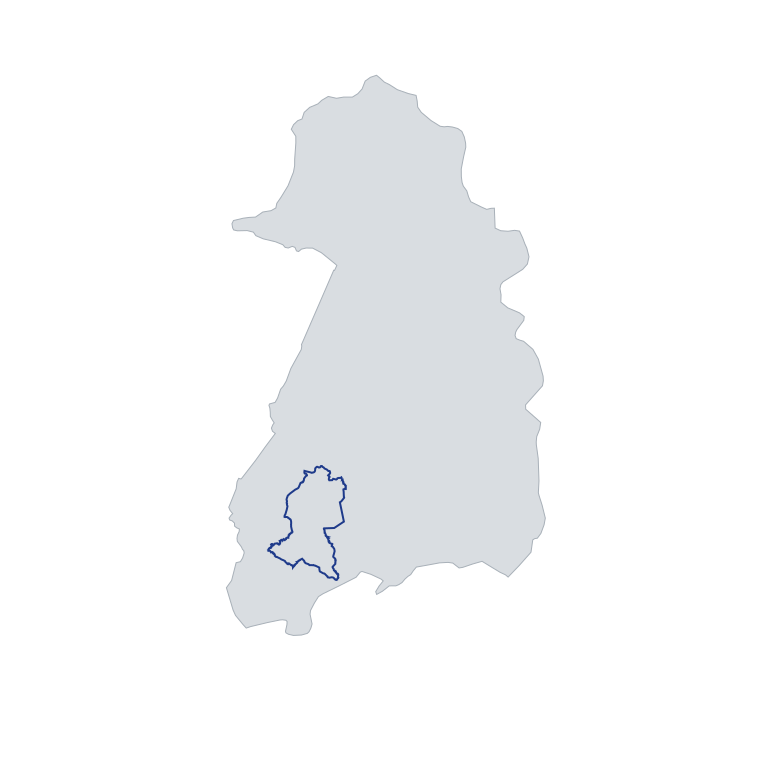 Gourma, Gourma, Burkina Faso (highlighted), rotated 114°
{"feature_id": "67063806B98154706729521", "entity_name": "Gourma", "entity_type": "district", "adm_level": 2, "iso_a3": "BFA", "parent_name": "Burkina Faso", "parent_adm1": "Gourma", "projection": "mercator", "projection_center": [0.724, 12.228], "detail": "fine", "context": "in_parent", "style": "outline", "palette": "blue", "viewbox_px": 768, "rotation_deg": 114, "n_neighbors": 0, "source": "geoboundaries", "source_scale": "gbopen_adm2", "svg_char_len": 9108}
<svg xmlns="http://www.w3.org/2000/svg" viewBox="0 0 768 768"><g transform="rotate(114 384 384)"><path d="M558.0,475.7L539.9,476.4L533.3,478.4L529.3,478.4L529.1,476.8L528.7,475.8L505.8,470.2L489.7,466.9L473.4,463.2L472.5,466.7L470.1,468.9L466.6,469.0L464.2,468.5L462.5,471.1L459.9,474.6L456.1,476.4L452.4,478.5L450.3,480.4L448.8,480.5L445.1,476.0L440.1,475.5L430.8,476.3L426.7,475.1L421.0,474.5L407.6,475.4L386.1,473.6L382.6,474.6L381.7,475.4L360.5,475.6L337.1,475.8L317.6,476.0L300.5,476.2L300.4,475.4L294.9,475.3L294.3,476.8L289.5,494.7L288.9,504.5L291.5,510.5L294.4,514.3L297.7,515.9L298.0,518.1L295.4,520.9L295.6,523.8L298.7,526.8L299.4,529.9L297.9,533.1L298.2,541.0L300.5,553.4L300.6,561.4L298.4,565.1L299.5,571.4L303.7,580.3L304.4,584.0L302.9,585.8L299.4,588.1L295.9,588.0L291.8,582.6L289.9,580.2L286.6,574.8L283.8,569.3L279.9,566.9L276.2,564.7L271.6,557.7L267.2,554.4L262.5,555.4L255.7,554.1L242.0,552.3L227.2,552.9L221.0,554.4L215.0,557.0L199.6,562.6L193.6,565.3L189.0,572.3L183.8,572.1L178.5,569.9L175.3,566.7L168.3,567.4L161.5,564.4L155.0,558.3L150.2,556.3L144.0,551.9L142.3,543.6L138.4,537.7L134.8,529.6L129.5,526.0L123.4,524.0L114.9,524.4L109.4,521.2L105.0,516.4L106.1,512.3L108.1,506.4L108.3,500.8L109.7,491.6L108.8,480.1L107.3,472.1L112.0,468.8L117.4,465.8L120.7,460.4L124.2,448.2L125.7,437.6L124.6,433.7L122.8,430.6L121.4,426.0L120.6,420.5L121.6,415.6L125.7,411.1L130.8,407.4L134.4,405.6L144.1,403.7L156.1,400.9L163.1,397.7L168.2,394.6L171.0,392.0L173.9,386.9L178.6,382.9L182.2,378.9L182.7,367.6L182.7,361.2L180.0,357.7L178.5,354.7L196.4,345.9L196.5,339.7L194.0,332.8L190.5,327.2L189.2,322.4L194.2,316.7L198.6,312.4L201.8,308.8L208.8,303.3L216.1,301.8L222.8,303.9L242.3,316.9L245.7,317.7L249.8,316.8L255.0,313.3L261.7,310.6L264.1,301.9L263.9,289.1L265.4,283.3L269.0,282.2L280.2,284.7L283.1,284.8L286.4,284.0L288.8,281.7L288.7,277.6L288.2,273.9L291.8,262.0L298.5,253.1L312.1,241.9L316.3,239.7L321.2,238.5L345.5,246.2L349.4,244.3L355.4,225.2L362.0,223.4L369.9,223.1L375.0,221.4L377.6,220.1L389.2,212.9L409.5,203.0L420.5,198.8L422.6,197.2L430.5,190.2L440.9,182.1L447.5,180.5L456.7,179.9L462.5,181.2L464.0,183.5L465.9,184.7L477.9,181.3L495.0,186.7L509.9,192.1L508.9,195.4L508.8,201.4L507.6,210.9L506.1,222.3L512.2,229.6L519.5,237.5L521.5,240.6L519.6,248.3L520.9,252.9L524.8,260.5L531.4,270.1L538.1,280.0L542.8,281.3L547.3,282.1L550.0,283.9L553.9,285.6L557.9,286.7L561.3,288.9L563.5,291.0L566.3,297.1L573.9,301.1L579.2,305.1L577.1,307.1L570.5,306.3L564.2,304.6L563.4,307.5L563.2,318.6L564.2,327.9L565.6,329.2L571.9,330.9L586.8,343.0L600.4,354.4L604.9,357.4L612.4,358.5L620.8,359.0L624.4,357.9L632.5,352.1L636.8,351.5L640.8,351.7L643.0,352.6L646.9,357.3L650.5,364.4L651.5,369.6L651.2,372.4L650.0,373.4L643.3,374.8L640.4,375.9L639.7,377.4L640.7,380.9L642.0,383.2L649.3,393.4L659.8,407.1L663.0,410.6L661.2,414.7L655.8,425.5L651.9,429.9L634.2,445.1L625.5,443.3L607.4,446.4L604.7,442.9L600.4,442.4L595.2,443.0L593.2,444.4L592.7,445.9L590.8,448.0L587.4,454.0L584.8,455.5L581.6,456.4L577.7,456.3L575.3,457.1L575.3,460.1L574.6,462.7L571.9,464.0L570.8,466.9L571.0,469.7L569.5,471.0L566.0,470.3L564.0,469.5L562.1,473.2L559.7,475.7L558.0,475.7Z" fill="#d9dde1" stroke="#a8b0b8" stroke-width="1"/><path d="M486.6,385.0L487.3,385.4L487.7,386.0L488.2,387.1L488.8,387.9L489.0,388.2L490.0,388.3L490.5,388.6L490.8,389.0L490.9,389.9L491.3,391.9L492.9,392.2L494.2,394.8L493.9,395.3L493.6,395.6L492.2,396.1L491.0,395.9L490.6,396.4L490.5,397.3L490.2,397.9L489.5,397.6L489.2,397.6L488.7,397.2L487.3,397.0L487.2,397.1L486.8,397.2L485.7,398.1L485.7,398.5L485.8,398.9L486.1,399.2L486.1,399.6L485.4,401.4L485.4,403.2L485.4,404.0L484.8,405.1L484.7,405.5L484.8,406.2L484.7,406.6L484.2,407.4L484.7,408.3L486.1,408.5L486.7,409.3L486.8,409.6L486.7,410.2L486.8,411.4L487.1,411.8L489.0,412.5L491.3,411.7L491.9,411.7L492.5,411.8L493.2,412.2L493.8,412.9L494.2,413.6L494.5,413.8L494.7,415.7L495.5,419.9L495.7,421.3L497.0,420.9L497.8,420.3L498.0,420.0L497.7,418.7L497.8,418.5L498.3,417.6L498.9,417.2L499.3,417.4L499.8,417.9L502.9,418.6L504.8,418.0L505.4,418.0L505.9,418.4L506.3,418.1L506.6,418.2L506.7,418.4L506.9,418.3L507.1,418.5L507.3,418.7L507.2,418.8L507.4,419.2L508.3,420.0L513.0,419.9L514.0,420.1L515.0,420.8L516.7,422.2L518.2,423.0L522.1,425.2L524.9,426.4L525.7,426.5L526.0,426.4L527.9,426.3L528.9,426.1L529.5,425.9L529.9,425.4L530.9,424.8L531.6,424.8L532.3,424.5L532.5,424.0L533.3,423.8L534.1,423.3L534.6,422.7L535.1,422.4L538.6,421.7L543.3,421.1L544.4,421.3L545.5,421.0L545.9,420.8L545.8,420.2L545.0,418.7L544.9,417.9L545.1,417.2L545.4,416.9L545.3,416.4L545.5,415.5L545.8,415.2L545.7,414.5L546.2,413.8L547.6,412.8L549.6,411.9L550.2,411.8L550.8,411.4L552.0,410.9L554.9,408.8L556.0,407.7L556.4,407.5L556.6,407.7L557.3,407.7L557.5,408.3L558.2,408.3L558.6,408.5L559.0,409.0L559.2,408.9L559.5,409.3L559.9,409.2L560.3,409.4L560.6,409.2L561.0,409.6L562.3,409.0L562.9,409.2L563.2,409.5L563.5,409.2L563.7,409.8L563.9,410.1L564.2,410.2L564.7,410.7L565.5,410.4L565.7,410.6L565.9,410.6L566.1,410.8L566.2,411.1L566.5,411.0L566.8,411.1L566.7,411.3L566.8,411.4L566.6,411.7L566.8,412.0L566.7,412.3L566.9,412.3L567.0,412.4L566.9,412.5L567.1,412.6L567.1,412.8L568.0,412.9L567.9,413.0L568.2,413.5L567.9,413.6L568.1,413.9L568.0,414.2L568.1,414.4L568.5,414.6L568.7,414.3L569.0,414.6L569.1,414.4L569.4,414.6L569.2,414.8L569.8,415.0L569.9,415.3L570.5,414.8L570.8,414.7L571.0,414.5L571.1,414.3L571.4,414.3L572.1,414.0L572.5,414.3L573.2,414.3L573.4,414.7L573.1,414.9L573.3,415.1L573.1,415.3L573.1,415.7L573.3,416.1L573.2,416.4L572.9,416.3L572.9,416.6L573.2,417.0L573.4,417.6L573.8,417.9L574.3,418.9L574.6,419.1L576.2,419.3L576.7,419.7L575.8,420.5L575.7,420.8L575.9,420.9L575.8,421.4L576.0,421.7L576.7,421.9L576.9,421.6L576.8,421.0L577.1,420.5L577.4,420.4L577.9,420.5L578.3,420.7L578.5,420.6L578.9,421.0L579.3,420.9L579.7,421.0L579.9,421.3L580.0,421.2L580.1,421.4L580.1,421.2L580.5,421.5L580.4,421.8L581.3,422.3L582.2,422.0L582.8,422.3L583.0,421.8L583.0,421.7L582.7,421.5L582.8,421.3L583.1,421.3L582.9,421.0L582.8,420.4L583.0,419.9L583.7,418.8L583.3,418.6L583.3,418.2L583.0,417.8L582.9,417.4L583.3,417.1L583.5,417.2L583.9,416.5L583.8,416.3L583.9,416.1L583.5,415.9L583.6,415.3L584.2,414.5L584.5,414.5L584.7,414.1L585.3,413.9L585.3,413.6L585.5,413.4L585.7,413.1L585.6,412.7L585.9,412.1L585.7,411.6L585.5,411.4L585.6,410.9L585.7,407.9L586.0,406.5L585.9,404.3L586.0,402.5L586.9,401.3L587.0,400.3L587.4,399.8L587.2,399.1L587.3,398.8L587.7,398.7L587.7,398.3L587.0,397.7L586.6,397.7L587.2,395.2L587.0,394.9L587.2,394.2L587.9,392.9L588.5,392.6L588.0,392.5L587.8,392.7L587.5,392.6L586.7,392.8L586.7,392.5L587.2,392.3L587.1,392.1L586.3,392.2L586.1,391.8L585.6,391.7L585.3,391.9L584.8,391.8L584.1,391.2L583.2,391.0L582.8,390.8L582.7,390.6L582.3,390.6L581.7,390.8L581.5,390.7L581.5,390.8L581.0,390.3L580.1,390.2L579.9,390.0L580.0,389.8L579.8,389.7L579.7,389.9L579.7,389.7L579.4,389.4L578.8,389.2L578.7,388.9L578.3,388.8L577.3,388.0L577.3,387.7L577.0,387.6L577.7,385.9L577.8,385.4L578.1,384.9L578.8,384.5L579.2,383.4L579.6,382.9L579.3,379.6L579.8,378.5L578.5,375.4L578.1,374.9L578.2,374.1L577.9,373.4L578.0,372.9L577.9,372.4L578.0,368.5L580.0,367.4L581.3,366.4L581.7,362.4L581.4,361.5L581.5,360.9L582.7,357.9L582.7,357.5L583.5,356.8L583.5,356.6L583.3,356.3L583.2,355.2L581.8,353.1L581.5,351.8L581.7,350.7L582.2,349.9L582.2,349.3L582.5,349.0L582.5,348.8L582.5,348.2L582.3,347.7L581.7,347.2L580.8,347.5L580.4,347.4L579.9,346.9L579.6,346.9L579.5,347.3L579.1,347.4L578.6,347.7L578.4,347.7L578.1,347.9L577.3,348.0L576.9,348.4L576.5,348.4L576.3,348.6L576.1,349.1L576.4,350.1L576.3,350.3L576.0,350.4L575.8,350.7L575.7,351.1L575.9,351.0L575.5,351.8L575.3,351.6L575.0,351.6L574.7,351.9L574.5,353.2L574.7,353.6L574.6,354.0L573.3,354.9L572.9,355.8L572.2,356.5L571.7,356.4L571.6,356.5L568.1,355.3L566.9,355.9L566.4,355.9L566.0,356.1L564.9,356.8L564.7,356.5L563.8,357.1L563.2,358.1L562.8,359.7L562.3,360.2L560.9,360.5L559.8,360.6L556.8,361.1L556.2,361.5L555.0,362.3L554.6,362.7L554.4,363.3L553.7,364.2L553.5,364.9L553.5,365.7L553.4,365.9L551.2,366.1L551.1,366.4L551.4,367.6L551.3,369.4L551.2,369.5L550.8,369.5L550.9,369.9L550.6,370.5L550.2,370.6L549.9,370.4L549.5,370.4L549.4,370.6L549.2,371.4L548.7,371.8L547.8,372.0L547.6,371.9L547.7,372.7L547.1,372.8L547.2,373.7L547.0,373.9L546.8,373.9L546.5,373.5L546.6,374.6L546.5,374.8L546.4,374.9L546.4,375.5L546.2,375.7L545.7,375.7L545.2,376.0L544.4,377.0L544.3,377.3L544.1,377.2L543.9,377.4L543.6,378.0L543.3,378.2L542.5,378.3L542.3,378.6L541.6,379.1L540.8,379.4L541.0,379.8L540.7,380.1L540.3,380.1L535.8,370.9L526.0,364.7L510.0,376.2L509.0,375.5L508.3,375.2L504.4,374.2L504.0,374.2L503.5,374.8L502.9,374.9L502.2,375.4L498.7,377.1L497.3,378.0L496.7,378.2L496.2,377.6L495.7,377.2L495.6,376.6L495.0,376.8L495.0,376.4L494.3,376.7L494.3,376.9L494.1,377.0L493.7,377.3L492.7,377.3L492.4,378.2L492.2,378.2L492.1,378.5L491.7,378.9L491.6,380.6L491.0,380.6L490.8,380.7L490.7,381.1L490.4,381.0L490.1,381.2L490.0,381.5L489.7,381.6L489.6,381.9L489.2,382.2L489.1,382.6L488.8,382.8L488.7,382.7L488.3,382.9L488.5,383.1L488.3,383.1L488.3,383.5L487.8,384.1L487.5,384.4L486.9,384.6L486.6,385.0Z" fill="none" stroke="#1e3a8a" stroke-width="2"/></g></svg>